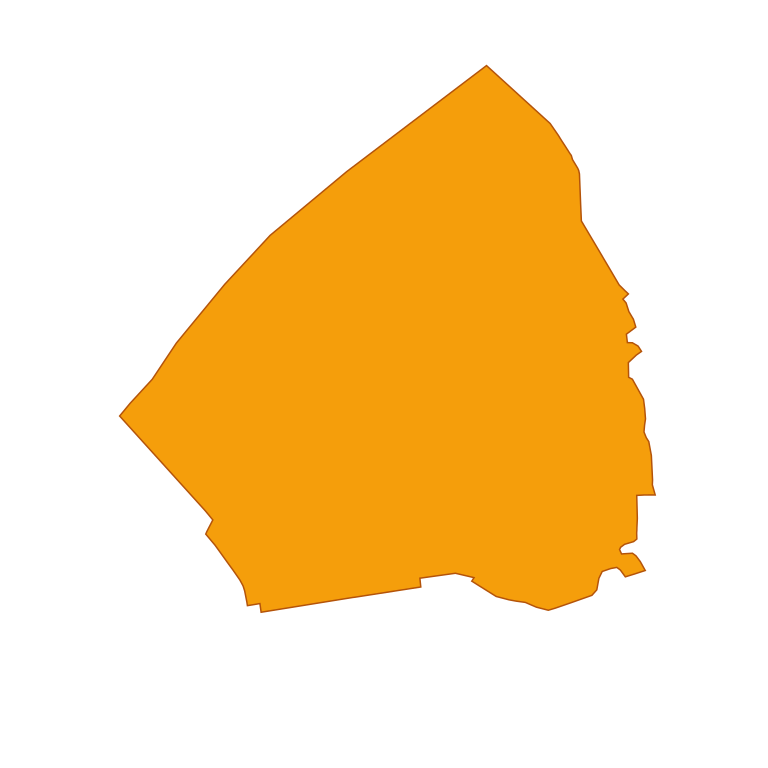 the district of Hoan Kiem, Ha Noi, Vietnam, rotated 251°
{"feature_id": "81297802B21956500009646", "entity_name": "Hoan Kiem", "entity_type": "district", "adm_level": 2, "iso_a3": "VNM", "parent_name": "Vietnam", "parent_adm1": "Ha Noi", "projection": "mercator", "projection_center": [105.85, 21.03], "detail": "fine", "context": "isolated", "style": "filled", "palette": "amber", "viewbox_px": 768, "rotation_deg": 251, "n_neighbors": 0, "source": "geoboundaries", "source_scale": "gbopen_adm2", "svg_char_len": 1671}
<svg xmlns="http://www.w3.org/2000/svg" viewBox="0 0 768 768"><g transform="rotate(251 384 384)"><path d="M139.2,432.0L135.6,438.4L131.5,446.5L123.4,455.4L116.6,465.7L116.3,472.8L116.3,489.6L116.5,511.8L120.1,518.2L130.3,523.9L134.5,528.1L135.7,529.3L135.7,538.3L134.8,544.4L131.2,546.9L123.1,549.4L122.8,559.0L122.6,570.3L132.7,568.5L139.5,566.3L143.1,563.8L146.0,553.3L150.8,552.8L152.6,554.6L154.1,559.3L153.7,568.7L155.1,572.6L160.9,574.4L163.5,575.5L165.7,576.3L174.5,579.8L196.4,586.7L194.4,593.7L190.8,604.3L201.3,604.9L205.9,606.7L229.3,613.5L243.3,615.6L247.9,614.5L254.0,614.2L260.5,617.1L265.9,619.9L275.9,622.5L284.6,624.3L285.1,624.4L307.7,620.4L310.7,617.5L324.7,622.0L329.2,632.0L331.0,638.1L337.1,636.6L342.1,632.3L343.9,627.6L352.2,629.4L355.8,640.6L364.0,640.9L372.7,639.1L381.8,639.3L386.5,637.5L389.6,644.4L392.7,642.8L393.2,642.5L401.1,638.6L420.4,634.7L432.5,632.2L433.1,632.1L434.6,631.8L473.9,623.7L489.8,628.4L500.4,631.6L505.1,633.0L519.0,637.2L522.4,637.6L524.9,637.4L534.8,635.3L539.0,635.5L539.9,635.3L541.1,634.9L542.7,634.5L549.8,632.8L555.7,631.3L557.0,631.0L558.7,630.6L560.5,630.2L562.3,629.8L576.2,625.9L651.7,584.6L597.0,418.0L561.6,324.7L553.6,309.8L530.2,266.0L490.3,201.0L463.9,166.4L448.3,137.5L439.8,123.6L322.4,173.7L311.2,177.9L304.8,171.2L302.0,168.3L300.1,166.6L286.5,171.8L273.2,175.8L263.8,178.6L257.7,180.5L253.5,181.7L245.7,183.9L239.1,185.0L237.6,185.0L233.7,184.9L222.2,183.3L221.7,183.2L218.9,182.7L218.1,187.3L216.8,195.2L208.2,193.5L192.3,285.2L192.1,286.0L191.8,287.5L180.1,352.7L188.7,354.7L181.8,389.9L171.6,406.1L169.0,402.8L146.6,420.9L139.2,432.0Z" fill="#f59e0b" stroke="#b45309" stroke-width="1.5"/></g></svg>